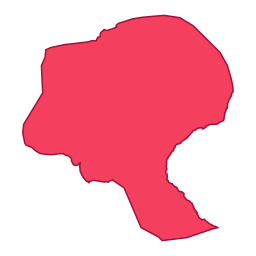 Bukavu, Sud-Kivu, Democratic Republic of the Congo (Albers equal-area conic projection)
{"feature_id": "63176286B64827262038855", "entity_name": "Bukavu", "entity_type": "district", "adm_level": 2, "iso_a3": "COD", "parent_name": "Democratic Republic of the Congo", "parent_adm1": "Sud-Kivu", "projection": "albers", "projection_center": [28.866, -2.508], "detail": "fine", "context": "isolated", "style": "filled", "palette": "rose", "viewbox_px": 256, "rotation_deg": 0, "n_neighbors": 0, "source": "geoboundaries", "source_scale": "gbopen_adm2", "svg_char_len": 5808}
<svg xmlns="http://www.w3.org/2000/svg" viewBox="0 0 256 256"><path d="M193.2,25.8L179.9,17.7L164.3,15.4L151.9,16.4L141.4,17.4L132.4,18.9L118.3,23.4L117.4,24.3L116.6,24.9L116.3,25.2L116.2,25.8L116.0,26.2L116.1,26.7L116.4,27.2L114.2,28.1L112.9,28.5L112.3,28.9L110.5,29.2L108.7,30.0L108.3,30.2L108.0,30.3L105.8,30.3L104.8,29.8L104.4,29.5L104.1,29.5L103.7,29.8L103.7,30.2L103.5,30.6L102.8,30.8L101.9,31.6L101.0,32.2L100.8,32.6L100.7,33.2L100.3,33.7L100.2,36.4L100.0,36.6L99.7,36.7L98.4,37.0L97.7,37.4L97.2,38.4L96.3,40.5L96.1,40.8L95.8,40.9L94.5,40.8L92.8,40.6L91.0,40.9L89.4,41.6L87.8,41.9L79.8,42.9L64.6,44.6L50.7,47.6L45.8,49.8L45.1,57.1L41.4,66.0L42.7,92.9L23.7,124.2L22.9,131.3L22.9,134.1L23.8,138.0L24.7,142.9L26.1,145.2L27.5,145.6L28.7,146.2L32.3,147.7L34.7,150.2L39.9,153.5L46.2,154.4L51.9,154.7L58.3,153.8L63.3,153.6L65.0,154.9L66.3,155.4L67.2,155.5L68.7,156.0L70.8,157.9L71.4,158.8L71.5,161.3L72.6,162.9L72.9,163.9L73.8,165.0L74.3,165.0L75.5,165.4L76.4,165.4L77.1,165.2L78.7,164.4L78.8,163.6L79.4,163.1L80.3,162.9L79.7,166.0L80.2,171.4L82.2,175.8L84.9,179.6L86.8,181.5L87.9,181.5L88.2,182.1L88.9,182.7L89.2,182.4L89.3,181.8L89.8,181.3L92.0,180.7L92.8,180.4L94.0,180.4L95.2,180.6L96.1,180.8L97.8,180.9L100.4,181.4L101.9,181.6L103.0,181.8L104.1,182.0L105.4,182.0L106.3,181.8L107.6,182.1L108.4,182.1L109.2,181.4L109.6,180.9L111.2,180.5L111.9,180.5L112.5,180.0L124.1,187.9L141.1,227.7L158.6,237.0L162.1,240.6L186.9,237.6L211.8,229.1L217.7,227.7L217.2,227.4L216.7,227.3L216.0,226.7L215.8,226.3L214.6,226.4L213.7,226.1L213.2,225.8L212.7,225.7L212.2,225.0L211.3,224.7L210.8,224.2L210.3,224.2L209.7,223.9L209.0,223.6L208.8,223.2L208.2,222.8L208.0,222.4L207.7,222.3L207.5,222.0L206.6,221.6L206.1,221.3L205.6,220.6L205.2,220.0L204.4,219.3L203.3,219.4L203.0,219.8L202.8,219.9L202.3,220.0L201.9,219.8L201.5,219.4L200.9,218.9L200.1,218.7L199.1,217.9L198.9,217.6L199.0,217.3L198.6,216.7L198.4,216.6L198.3,215.8L198.0,215.4L197.7,214.9L197.3,214.8L197.1,214.3L197.1,214.1L197.4,213.7L197.0,212.3L196.8,212.1L196.4,212.1L196.0,211.7L196.2,211.4L196.0,211.0L195.5,210.5L195.3,210.1L195.1,209.9L195.0,209.7L194.7,209.5L194.3,209.4L194.2,209.0L194.2,208.5L194.1,208.3L193.7,207.9L193.5,207.6L193.7,207.4L193.8,207.1L193.5,206.4L193.0,206.0L192.9,205.2L192.1,203.4L191.4,202.8L190.5,202.4L190.1,202.0L190.1,201.7L189.5,201.1L189.2,201.1L188.8,200.5L187.8,200.4L187.1,200.1L186.2,199.0L185.5,198.4L184.9,197.6L184.2,196.8L183.9,196.4L183.9,196.1L183.9,194.9L184.0,193.7L183.7,193.2L183.4,193.0L182.0,192.2L181.8,191.8L181.6,191.7L180.0,191.6L179.3,191.5L178.9,191.4L178.7,191.2L178.6,190.5L178.5,190.4L178.4,190.3L178.2,190.0L177.7,189.8L177.5,189.1L177.5,188.6L177.2,188.1L176.9,188.0L176.8,187.7L176.7,187.4L176.4,187.2L176.1,187.2L175.8,186.8L175.2,186.8L174.8,186.6L174.2,186.4L174.1,186.0L172.9,184.7L172.5,184.2L172.3,183.7L171.0,183.5L170.8,183.5L170.5,183.3L170.2,183.1L169.2,182.6L168.9,182.3L168.6,182.2L168.5,181.3L168.4,181.0L168.0,180.7L167.9,180.5L167.0,180.0L166.7,179.8L166.7,179.5L167.0,178.9L167.2,178.4L167.2,177.2L167.2,176.4L167.3,175.8L167.0,174.0L166.5,173.5L166.0,173.0L165.7,172.4L165.7,171.6L166.2,170.2L166.7,169.5L166.9,169.3L166.7,168.4L166.5,168.2L166.5,167.2L166.2,165.7L166.4,165.3L166.6,164.7L166.7,163.2L166.4,162.7L166.4,162.1L166.5,161.9L166.8,161.8L166.8,161.7L166.7,161.2L166.7,160.1L166.9,159.5L167.0,159.1L167.9,158.3L167.9,158.2L168.0,157.6L168.4,156.8L168.7,156.6L168.9,156.2L169.0,156.0L169.4,155.9L169.5,155.3L170.0,154.9L170.7,153.8L170.8,153.4L171.0,153.0L171.3,153.0L171.5,152.8L171.6,152.5L171.7,152.1L171.8,152.0L171.9,151.7L172.1,151.3L172.3,151.2L173.0,151.1L173.6,150.4L173.8,149.8L173.7,149.7L173.6,149.2L173.8,148.5L173.9,148.3L174.4,148.1L175.0,147.5L175.3,146.1L175.9,145.2L176.0,145.0L176.2,144.8L176.3,144.6L176.6,144.3L177.1,144.3L177.3,144.1L177.8,144.1L178.2,143.9L179.3,143.8L180.6,143.2L181.4,142.0L181.9,141.6L182.2,141.2L182.4,141.2L183.4,140.4L184.2,140.0L184.5,139.6L184.8,139.5L185.3,139.2L185.5,138.9L185.8,138.8L186.0,138.8L186.3,138.3L186.5,138.2L187.1,138.0L187.6,137.5L188.0,136.8L187.9,136.6L188.2,136.5L188.8,135.9L189.0,135.6L190.2,134.3L190.7,133.5L191.1,133.1L191.7,132.8L191.9,132.6L192.3,132.1L192.6,131.3L192.9,130.9L193.6,130.5L194.0,130.3L194.4,130.3L195.0,130.0L195.7,130.0L196.0,129.9L196.1,129.5L196.2,129.3L196.7,129.1L196.7,128.9L197.3,128.4L197.8,128.3L198.1,128.3L198.3,128.2L198.5,128.1L199.0,128.1L199.9,127.9L200.5,127.9L200.8,127.8L201.0,127.7L201.8,127.4L202.3,127.5L202.2,128.2L202.3,128.4L202.5,129.0L202.9,129.0L203.5,128.6L203.8,128.5L204.1,128.1L204.3,128.0L204.8,128.0L205.4,127.5L205.3,127.3L205.5,127.0L205.7,126.9L206.0,126.9L206.2,126.4L206.6,126.0L206.6,125.7L206.8,125.6L207.2,125.7L207.3,125.6L207.6,125.6L207.9,125.3L208.0,125.2L208.2,125.3L208.3,125.1L209.2,124.7L209.7,124.6L210.6,124.5L211.5,124.2L212.3,124.3L212.6,124.3L212.9,124.2L213.3,124.4L213.7,124.4L213.8,124.2L214.3,124.3L214.6,124.2L216.4,124.2L217.1,124.1L217.6,123.8L218.2,123.6L218.4,123.4L218.7,122.8L219.5,122.4L219.5,122.2L220.7,121.8L221.3,121.8L221.9,121.4L222.1,121.1L222.8,120.7L223.4,120.7L223.6,120.5L223.8,119.7L224.0,118.8L224.1,118.5L224.2,116.9L224.7,115.5L224.7,115.3L224.6,114.5L224.4,113.9L224.5,113.7L224.9,113.6L225.1,112.8L225.1,112.4L225.3,112.3L225.3,112.2L225.4,111.7L225.6,111.4L225.6,111.2L225.9,111.0L225.9,110.3L225.8,110.0L225.8,109.8L226.2,109.5L226.2,108.9L226.3,108.7L227.0,108.6L227.2,108.4L227.3,108.2L227.3,107.1L227.3,106.6L227.6,105.8L227.5,104.3L227.6,103.3L228.2,102.4L228.3,102.2L228.2,101.9L228.5,101.4L228.6,100.9L228.9,100.4L229.7,98.9L230.1,98.3L230.2,98.0L230.6,96.9L231.1,96.4L231.3,96.0L231.6,94.7L231.6,93.6L231.6,93.4L232.0,92.9L232.5,92.6L232.9,92.2L233.0,91.7L233.0,90.4L233.1,89.5L232.7,85.9L231.3,79.2L227.6,66.1L220.1,52.5L193.2,25.8Z" fill="#f43f5e" stroke="#9f1239" stroke-width="1.5"/></svg>